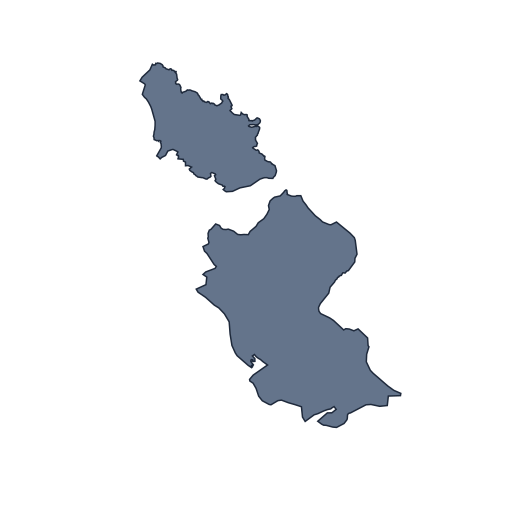 outline of Wasagu-Danko, Kebbi, Nigeria, rotated 38°
{"feature_id": "59680162B4050907661224", "entity_name": "Wasagu-Danko", "entity_type": "district", "adm_level": 2, "iso_a3": "NGA", "parent_name": "Nigeria", "parent_adm1": "Kebbi", "projection": "orthographic", "projection_center": [5.394, 11.45], "detail": "fine", "context": "isolated", "style": "filled", "palette": "slate", "viewbox_px": 512, "rotation_deg": 38, "n_neighbors": 0, "source": "geoboundaries", "source_scale": "gbopen_adm2", "svg_char_len": 6108}
<svg xmlns="http://www.w3.org/2000/svg" viewBox="0 0 512 512"><g transform="rotate(38 256 256)"><path d="M350.1,366.2L357.7,364.9L359.4,364.0L362.3,356.5L364.8,353.9L371.8,351.7L378.0,349.2L384.6,346.8L391.8,354.3L396.6,356.1L399.6,345.3L401.8,342.2L404.7,336.5L406.8,333.1L409.0,330.5L409.3,329.0L410.2,326.6L413.6,327.5L412.3,332.9L408.8,335.7L406.4,348.2L411.2,348.1L413.4,347.7L415.6,346.2L421.7,343.6L425.0,341.5L428.5,333.8L428.5,329.6L428.3,328.5L427.7,327.4L425.9,324.8L425.8,323.8L426.1,322.6L427.0,321.6L434.3,305.5L438.0,302.2L446.0,298.3L451.5,293.0L446.5,284.9L455.8,277.1L454.7,275.1L447.4,277.0L440.0,277.3L420.5,276.3L416.5,275.7L408.1,271.5L403.7,265.3L400.9,258.0L399.5,257.6L394.4,251.9L381.3,250.6L379.2,254.7L374.5,256.1L371.5,258.0L370.6,260.3L357.0,259.1L352.4,259.4L342.4,261.6L339.7,260.8L338.0,259.3L336.9,257.9L336.0,253.9L336.2,240.5L333.6,235.0L333.9,228.2L333.5,226.4L333.6,225.1L333.9,224.7L333.7,223.4L333.5,222.9L333.8,221.9L334.1,221.7L333.9,220.7L334.3,220.3L334.5,219.3L335.2,218.7L334.7,216.0L335.2,215.4L336.7,214.6L336.8,212.4L337.0,211.5L337.5,211.2L337.8,210.5L337.5,199.9L335.4,196.9L334.5,192.4L324.6,182.6L322.2,181.0L316.0,180.1L298.5,179.7L295.8,185.3L294.1,186.3L287.4,188.2L284.3,187.8L277.9,187.8L267.1,186.0L264.3,185.0L259.3,183.8L254.2,180.9L251.0,183.4L250.3,184.7L248.7,185.9L247.2,186.9L242.7,188.3L242.2,187.4L241.0,186.6L240.5,185.7L239.8,185.3L239.0,185.4L238.5,187.2L238.6,188.7L238.1,193.7L234.4,198.2L233.8,200.3L233.2,203.9L234.8,208.6L237.8,211.2L238.9,216.4L239.2,221.8L237.3,228.4L237.8,232.6L236.2,240.3L236.8,243.9L233.2,246.5L231.0,248.6L228.3,250.3L223.1,250.2L217.6,251.9L216.1,253.6L213.6,255.3L211.3,255.5L208.5,254.4L204.5,255.6L204.1,262.7L203.3,264.4L204.3,267.7L206.7,270.4L207.0,271.6L210.6,274.3L211.0,275.9L208.4,281.2L212.5,283.9L215.8,284.2L228.3,288.5L231.1,288.6L231.4,290.9L226.2,299.5L225.6,303.2L230.2,302.9L234.2,309.4L229.3,318.9L232.6,320.2L241.6,319.6L253.5,320.4L258.6,319.8L266.7,321.0L275.4,324.4L283.6,333.4L292.1,341.3L299.3,345.1L302.5,346.2L317.2,347.0L321.3,346.7L321.4,345.6L320.0,345.7L320.1,344.6L321.0,344.6L321.0,343.4L317.0,342.4L316.1,341.1L316.2,340.4L317.2,339.9L317.7,339.9L317.9,341.0L318.7,340.9L320.0,339.7L318.3,337.6L314.7,337.0L315.4,334.6L318.1,335.2L319.2,335.2L320.8,335.2L323.2,334.8L326.3,335.0L332.2,334.8L327.1,351.6L326.9,357.2L328.1,358.3L332.0,358.0L337.6,360.3L344.4,364.8L350.1,366.2ZM58.4,165.9L59.0,167.2L57.7,168.6L56.3,168.7L57.8,174.7L56.2,185.2L56.7,189.5L62.2,188.9L63.4,189.3L66.9,198.6L70.5,199.6L72.8,199.7L76.4,200.9L80.8,202.9L83.3,204.4L93.6,212.0L96.0,215.1L98.4,218.7L99.4,221.1L100.6,222.9L101.4,224.8L102.9,225.6L103.8,226.8L104.3,227.0L104.6,226.7L106.8,226.3L107.7,225.3L108.7,225.5L108.7,224.6L109.1,224.2L109.6,224.2L110.1,224.0L110.5,224.3L110.7,225.4L112.0,225.9L114.1,228.1L114.8,229.3L116.1,238.2L116.9,238.3L118.1,238.0L119.3,238.3L120.7,238.5L121.0,236.4L122.8,232.5L121.9,227.6L124.2,224.0L125.0,223.1L129.1,222.2L130.4,222.1L131.1,225.2L132.1,225.1L132.9,224.6L133.4,225.0L133.7,225.6L134.1,225.7L134.6,227.4L134.7,227.5L139.2,224.6L140.5,225.9L142.6,225.4L144.9,228.3L146.8,226.5L150.5,225.6L149.9,228.6L151.2,229.3L154.0,229.2L155.3,228.8L156.5,229.6L158.0,229.4L159.3,229.7L160.2,229.5L161.5,229.6L164.9,227.7L165.9,227.0L169.1,226.2L170.1,225.5L170.5,223.4L171.2,222.5L171.4,220.9L169.3,219.0L169.8,217.4L173.3,216.4L174.2,216.8L173.8,218.3L176.9,220.1L177.3,220.7L177.2,221.3L177.4,221.9L179.2,222.2L181.9,222.2L185.7,220.9L187.0,221.4L187.7,220.9L188.4,220.8L188.4,220.4L188.8,220.4L189.5,222.2L189.2,223.8L191.1,223.9L193.0,223.7L197.7,219.5L201.4,212.2L208.3,204.1L211.8,193.0L214.2,189.3L216.4,187.5L218.2,186.9L221.5,184.5L221.3,182.9L221.6,180.9L220.4,177.5L219.7,176.2L215.3,173.1L213.0,173.5L212.0,173.4L211.6,173.7L211.4,173.5L209.6,173.1L208.9,173.3L208.2,173.9L206.7,174.5L205.0,174.7L204.3,175.0L203.0,174.2L201.7,172.0L201.3,172.0L200.8,172.5L200.3,172.2L199.1,172.2L198.0,172.0L195.1,172.8L194.2,171.9L192.9,171.3L191.9,171.4L191.5,172.2L190.8,172.6L186.9,172.9L186.6,172.7L187.2,170.9L188.5,169.6L188.8,168.8L188.2,168.0L187.8,166.4L184.0,164.8L183.8,164.2L182.7,163.2L182.5,162.7L182.6,161.5L182.5,161.0L182.7,160.0L182.1,158.9L182.1,157.9L181.7,157.2L180.7,153.9L180.0,152.7L179.5,152.4L177.3,152.4L176.9,153.0L176.8,153.5L175.6,154.3L173.4,157.2L171.2,158.1L170.4,158.3L170.0,158.1L170.3,156.4L173.0,154.1L175.4,152.7L176.7,150.9L177.0,148.7L176.8,147.8L176.2,146.7L175.1,146.1L174.2,145.8L172.1,146.3L171.7,146.7L171.2,149.9L171.0,150.0L170.4,151.0L169.9,151.5L169.9,152.0L169.0,152.1L168.5,152.7L167.9,153.0L167.4,153.6L167.0,153.7L166.5,152.8L166.1,152.6L163.1,151.5L162.9,151.1L162.0,150.2L161.2,150.5L159.8,151.8L158.0,152.3L156.0,152.0L157.0,154.3L156.7,155.1L151.7,157.9L148.8,157.8L147.5,157.5L147.0,157.7L145.9,157.3L146.3,154.8L144.6,153.9L144.1,153.3L144.5,152.8L144.5,152.1L144.2,151.8L138.3,149.0L137.5,149.1L136.8,148.9L136.5,148.4L136.6,148.1L136.0,147.5L135.3,147.4L135.0,146.9L134.3,146.3L133.5,146.1L132.8,146.2L132.6,147.7L131.7,149.1L130.5,149.1L129.2,150.2L129.7,151.5L131.3,153.7L131.7,154.0L133.1,154.0L134.4,154.3L134.6,154.6L134.5,155.5L134.8,156.7L134.1,158.7L134.1,159.2L132.7,161.7L130.4,162.3L129.8,161.9L128.4,162.0L128.1,162.5L127.8,162.4L126.9,162.8L126.5,163.9L126.1,164.1L124.4,163.5L123.7,163.9L123.4,163.7L122.8,164.0L122.5,165.4L121.0,166.1L120.3,166.2L120.0,166.0L119.3,166.1L119.1,166.7L118.5,166.5L117.6,166.6L116.9,165.9L116.2,166.3L112.2,164.7L111.0,164.6L110.6,164.2L109.3,163.7L106.7,164.1L103.5,165.4L102.5,165.5L101.6,165.9L100.3,167.2L99.9,167.2L99.5,167.9L99.3,169.4L97.4,172.2L97.5,173.0L96.7,173.2L94.7,171.7L93.5,170.3L93.1,169.4L90.8,168.2L90.0,168.0L88.9,168.3L88.2,169.0L87.8,169.2L87.6,169.6L86.4,169.5L86.0,168.7L85.4,168.4L85.5,167.0L85.9,165.9L85.5,165.0L84.8,164.8L84.1,164.2L81.5,161.6L80.1,161.2L79.7,160.0L79.2,159.9L78.7,160.9L77.1,160.4L76.2,160.8L75.4,161.5L74.5,160.9L73.7,160.9L73.1,161.4L72.8,162.8L69.8,163.9L68.7,163.6L66.3,164.2L65.6,163.4L64.4,163.0L62.0,163.2L59.6,164.5L59.3,165.4L58.4,165.9Z" fill="#64748b" stroke="#1e293b" stroke-width="1.5"/></g></svg>